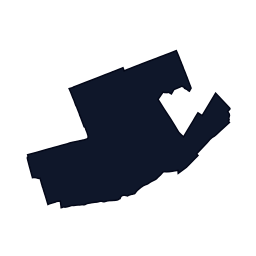 Greaca, Giurgiu, Romania (Mercator projection), rotated 352°
{"feature_id": "2599482B7970474716808", "entity_name": "Greaca", "entity_type": "district", "adm_level": 2, "iso_a3": "ROU", "parent_name": "Romania", "parent_adm1": "Giurgiu", "projection": "mercator", "projection_center": [26.317, 44.122], "detail": "fine", "context": "isolated", "style": "filled", "palette": "ink", "viewbox_px": 256, "rotation_deg": 352, "n_neighbors": 0, "source": "geoboundaries", "source_scale": "gbopen_adm2", "svg_char_len": 5211}
<svg xmlns="http://www.w3.org/2000/svg" viewBox="0 0 256 256"><g transform="rotate(352 128 128)"><path d="M229.2,136.6L228.8,135.9L228.2,134.9L229.0,134.3L229.2,134.2L229.3,134.1L229.3,133.9L229.3,133.7L229.1,133.4L228.9,133.0L229.1,132.7L229.3,132.2L229.4,131.7L229.6,131.2L229.8,130.7L229.9,130.4L230.1,130.1L230.2,129.8L230.2,129.6L230.2,129.2L230.2,128.7L230.2,128.4L230.2,128.2L229.1,125.8L229.0,125.6L230.4,124.4L231.8,123.1L231.9,122.9L231.8,123.0L230.3,120.8L219.6,105.7L212.6,114.4L203.2,126.0L201.3,124.4L199.4,122.7L196.0,126.8L194.3,129.0L193.7,129.8L190.5,133.7L186.9,138.1L183.6,142.2L182.9,143.1L181.7,144.5L179.2,141.4L177.7,139.4L177.0,137.8L176.1,135.7L174.9,132.8L171.3,124.6L166.6,114.7L165.6,112.5L164.1,109.1L161.7,103.8L162.1,103.4L167.7,97.3L168.1,97.5L169.0,97.9L171.6,98.4L173.2,98.3L175.7,100.3L178.8,96.3L180.0,95.9L180.0,96.0L185.8,94.5L187.1,94.0L190.0,96.1L189.9,96.2L189.6,96.6L192.4,98.5L192.7,99.2L193.9,100.1L196.0,97.3L195.4,94.5L195.1,93.5L194.9,92.4L194.7,91.6L194.5,90.7L194.3,89.9L194.1,88.9L193.9,88.1L193.6,86.6L193.4,85.7L193.0,84.4L192.7,82.8L192.1,80.3L191.4,77.7L191.1,76.5L190.9,75.2L190.4,73.2L189.9,71.4L189.8,70.6L189.0,67.7L188.7,66.3L188.3,64.6L187.9,63.0L187.4,61.1L186.6,58.1L185.3,58.4L180.1,59.7L174.2,61.0L173.2,61.3L172.1,61.5L168.9,62.2L165.8,63.0L163.4,63.5L161.2,64.0L160.4,64.2L158.9,64.5L157.1,64.9L155.0,65.4L153.3,65.8L150.6,66.4L149.6,66.7L148.9,66.8L147.9,67.1L145.6,67.6L142.2,68.4L139.0,69.2L135.5,70.0L133.7,70.5L132.1,70.9L131.8,69.4L131.4,67.6L130.3,67.9L129.2,68.2L127.8,68.5L125.4,69.1L124.6,69.3L123.0,69.7L122.9,69.7L121.8,70.0L120.6,70.2L118.9,70.7L115.4,71.5L112.6,72.1L109.5,72.9L109.4,72.9L108.2,73.2L105.3,73.9L101.0,74.9L96.7,75.9L92.7,76.8L88.1,77.9L83.5,79.0L79.9,79.8L80.0,80.1L77.6,80.5L75.2,80.8L76.2,84.3L77.6,90.2L78.4,93.0L79.4,98.1L80.2,100.2L80.4,101.4L81.3,105.0L81.6,106.1L81.8,107.2L82.0,108.7L82.6,110.8L83.5,115.0L84.2,118.1L84.6,120.2L84.7,120.5L84.8,120.8L85.3,121.1L85.6,121.3L85.8,121.7L85.9,122.6L86.1,123.9L86.7,126.2L86.9,127.2L87.4,130.4L87.2,131.3L87.1,132.1L86.8,132.5L86.5,132.8L86.0,133.1L85.4,133.2L83.8,133.5L82.6,133.7L82.0,133.7L81.4,133.7L80.8,133.8L79.8,133.9L78.8,133.9L76.9,134.1L74.8,134.2L73.9,134.3L73.0,134.3L71.4,134.4L70.4,134.5L68.9,134.6L68.7,134.7L68.0,134.7L66.4,135.1L65.8,135.2L63.5,135.5L60.8,135.8L60.0,135.9L58.6,136.1L55.9,136.5L53.3,136.8L51.6,137.0L48.9,137.4L46.2,137.7L44.0,138.0L42.6,138.2L36.3,139.1L33.5,139.5L24.9,140.5L25.1,141.6L25.2,142.8L24.4,142.9L24.1,143.7L24.3,146.0L24.7,149.4L25.0,152.1L25.4,155.1L25.8,158.3L26.2,161.5L26.5,163.7L26.5,163.9L27.0,163.9L27.8,163.9L29.7,164.3L30.7,164.7L31.8,165.2L32.5,165.5L34.0,165.6L34.0,165.9L34.0,166.0L34.0,166.3L34.1,166.7L34.2,167.2L34.2,167.7L34.3,168.1L34.4,169.0L34.5,169.5L34.5,169.8L34.5,170.0L34.6,170.3L34.6,170.8L34.7,171.3L34.8,171.6L34.8,171.8L34.8,172.2L34.9,172.7L35.0,173.2L35.0,173.6L35.1,173.8L35.1,174.2L35.2,174.7L35.4,175.4L35.5,176.0L35.6,176.6L35.6,176.8L35.7,177.4L35.8,177.9L35.8,178.0L35.9,178.5L35.9,179.0L36.0,179.4L36.1,179.8L36.2,180.3L36.2,180.7L36.3,181.0L36.3,181.3L36.6,182.8L37.1,186.0L37.8,190.7L38.1,192.6L38.7,192.4L39.0,192.3L39.8,192.1L42.3,191.7L45.9,191.2L46.2,191.0L46.8,190.9L47.8,190.8L49.8,190.9L50.4,191.0L50.7,191.1L50.8,191.1L50.8,192.9L50.8,196.2L50.7,197.6L51.3,197.6L51.9,197.5L52.5,197.3L53.2,197.2L53.4,197.2L54.2,197.5L54.8,197.6L55.6,197.6L57.3,197.5L58.0,197.4L58.9,197.3L60.5,197.0L61.2,196.9L62.0,196.9L63.5,197.2L65.2,197.2L66.3,197.2L66.9,197.2L68.5,197.4L69.1,197.5L69.9,197.5L70.8,197.5L71.7,197.5L72.0,197.5L73.1,197.8L73.6,197.9L74.1,197.9L74.8,197.8L75.5,197.6L76.2,197.3L77.0,197.1L78.6,197.0L79.4,197.0L80.2,197.0L81.1,196.9L81.9,196.9L83.5,196.9L85.2,196.9L86.0,197.0L86.9,197.0L87.5,197.0L88.5,196.9L89.2,196.8L90.0,196.7L90.6,196.7L91.2,196.8L91.8,196.9L92.3,197.1L93.0,197.5L93.4,197.6L94.1,197.7L94.5,197.7L95.0,197.6L95.9,197.5L96.5,197.4L97.3,197.3L98.2,197.3L99.3,197.3L100.3,197.4L101.1,197.5L102.2,197.6L103.9,197.7L104.7,197.8L105.3,197.8L106.3,197.8L107.1,197.8L107.7,197.7L108.2,197.6L108.9,197.3L109.7,196.9L110.3,196.8L110.5,196.3L110.9,195.7L111.2,195.2L111.8,194.6L112.5,194.3L112.9,194.1L114.2,194.0L114.8,194.0L115.2,194.1L115.8,194.3L116.4,194.5L117.5,194.9L118.1,195.2L119.2,194.7L120.3,194.5L121.8,194.2L123.4,194.2L124.3,194.0L125.1,194.0L125.6,193.8L126.6,192.8L127.9,191.6L128.3,191.2L129.9,190.2L131.8,189.0L132.6,188.5L134.1,187.8L134.8,187.4L135.3,187.2L137.0,186.7L137.9,186.5L138.5,186.4L139.3,186.2L140.1,185.9L141.5,185.2L142.3,184.8L142.5,184.7L143.8,184.2L146.5,183.3L147.7,182.9L148.6,182.5L149.3,182.1L150.6,181.0L151.7,180.3L152.6,179.6L153.3,179.2L154.5,178.2L156.0,176.9L156.3,176.6L157.2,176.3L157.9,176.3L158.4,176.4L159.0,176.5L159.7,176.7L160.8,176.8L163.0,177.0L164.2,177.0L165.7,177.0L168.0,176.9L171.6,176.9L171.6,177.1L171.5,178.8L171.4,179.3L171.4,179.7L171.4,179.9L172.3,179.4L173.6,178.7L177.1,176.8L180.2,175.1L180.4,175.0L181.0,174.5L182.6,173.3L185.6,171.0L189.6,167.9L191.2,166.7L192.4,165.8L193.5,164.9L192.9,164.1L192.2,163.2L204.2,153.6L206.6,151.5L207.2,150.9L209.9,149.1L212.5,148.0L214.6,146.7L219.7,143.1L221.2,142.1L229.2,136.6Z" fill="#0f172a" stroke="#020617" stroke-width="1.5"/></g></svg>